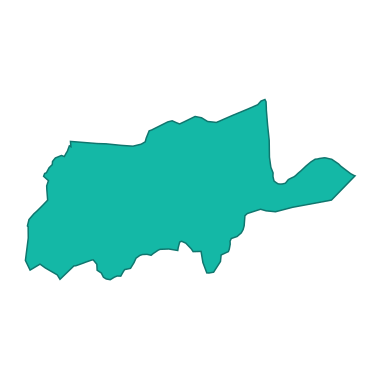 Ijebu North, Ogun, Nigeria, rotated 5°
{"feature_id": "59680162B7511527862302", "entity_name": "Ijebu North", "entity_type": "district", "adm_level": 2, "iso_a3": "NGA", "parent_name": "Nigeria", "parent_adm1": "Ogun", "projection": "natural_earth1", "projection_center": [4.04, 7.021], "detail": "fine", "context": "isolated", "style": "filled", "palette": "teal", "viewbox_px": 384, "rotation_deg": 5, "n_neighbors": 0, "source": "geoboundaries", "source_scale": "gbopen_adm2", "svg_char_len": 2142}
<svg xmlns="http://www.w3.org/2000/svg" viewBox="0 0 384 384"><g transform="rotate(5 192 192)"><path d="M212.0,119.6L210.2,120.6L207.5,120.5L201.4,120.4L195.0,117.2L188.5,116.5L178.0,122.8L173.7,125.3L170.1,124.2L166.1,122.8L162.5,124.0L161.7,124.3L151.0,130.9L150.8,131.0L146.3,133.8L144.0,134.8L142.4,140.0L141.7,142.3L141.0,146.1L137.2,148.8L134.2,149.8L129.2,151.5L118.1,151.7L116.6,151.7L102.2,151.5L93.4,152.0L66.5,152.2L67.4,157.4L65.8,156.7L64.2,162.5L63.6,163.5L61.7,167.8L58.8,167.0L52.9,170.0L51.8,171.6L50.4,173.7L50.4,176.9L47.5,180.3L45.3,185.5L43.6,186.4L42.8,189.3L48.0,193.2L46.7,198.6L47.2,202.4L48.9,212.7L43.5,219.4L39.1,224.6L36.4,227.5L32.0,233.6L31.0,240.2L31.8,240.9L32.9,252.1L32.0,274.7L37.5,283.9L46.9,277.1L52.4,280.4L65.0,286.3L68.1,290.5L80.8,275.9L82.7,275.6L89.9,272.3L91.9,271.3L97.9,268.6L99.5,268.2L103.5,272.3L104.3,278.2L108.7,280.6L111.2,284.6L114.1,286.1L118.2,286.5L122.1,283.6L124.8,282.2L128.4,282.0L129.9,278.6L131.6,275.2L137.4,273.4L140.4,267.4L142.0,262.8L145.6,259.7L148.1,258.6L152.6,258.0L156.8,258.6L158.6,256.8L163.5,252.8L165.2,251.9L173.8,250.8L182.9,251.5L183.1,248.7L184.1,242.9L186.0,242.0L190.3,243.5L196.2,248.7L198.3,251.3L206.2,250.4L209.0,261.3L213.8,271.3L216.0,271.2L220.5,270.0L226.4,258.8L226.5,252.2L233.4,248.2L234.1,245.8L234.6,240.7L234.2,237.7L235.2,234.9L240.8,232.4L244.6,228.5L246.2,225.0L246.9,221.1L246.8,211.0L249.0,208.6L261.8,203.2L267.5,204.3L276.9,204.4L293.4,198.5L331.6,187.9L353.0,161.7L351.9,161.4L348.4,159.9L337.8,153.2L335.6,151.3L328.3,147.2L327.9,147.2L325.0,146.8L322.4,146.4L320.8,146.4L318.2,147.0L316.0,147.5L314.1,148.2L311.8,148.6L309.9,150.1L307.9,151.6L305.0,154.5L303.1,156.4L301.8,157.9L300.2,159.7L298.5,161.6L296.3,163.8L294.0,166.4L292.4,167.9L289.1,169.8L286.9,171.2L284.3,175.1L281.4,176.1L279.4,176.4L277.2,176.4L275.9,175.8L274.3,174.9L272.7,173.8L271.5,170.1L271.4,170.0L271.2,168.2L271.1,165.9L268.4,160.5L266.1,150.5L264.4,133.8L261.5,118.9L258.9,103.7L258.7,101.6L257.9,95.7L256.6,93.5L252.8,95.4L249.9,99.3L240.4,104.5L227.3,111.3L216.8,117.0L212.3,119.5L212.0,119.6Z" fill="#14b8a6" stroke="#0f766e" stroke-width="1.5"/></g></svg>